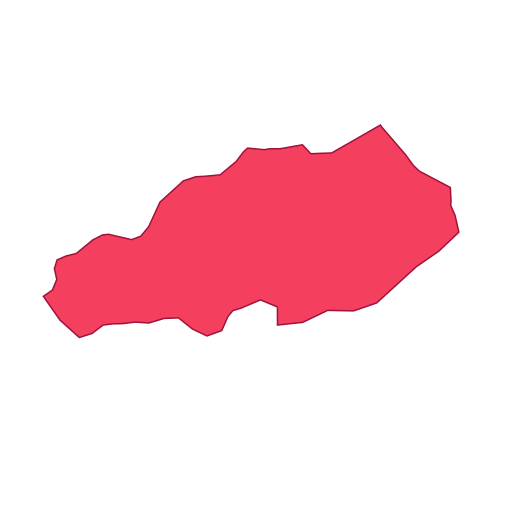 Guria, orthographic projection, rotated 147°
{"feature_id": "GEO-3028", "entity_name": "Guria", "entity_type": "Region", "adm_level": 1, "iso_a3": "GEO", "parent_name": "Georgia", "parent_adm1": "", "projection": "orthographic", "projection_center": [42.215, 41.976], "detail": "fine", "context": "isolated", "style": "filled", "palette": "rose", "viewbox_px": 512, "rotation_deg": 147, "n_neighbors": 0, "source": "natural_earth", "source_scale": "10m", "svg_char_len": 952}
<svg xmlns="http://www.w3.org/2000/svg" viewBox="0 0 512 512"><g transform="rotate(147 256 256)"><path d="M384.2,358.4L373.3,357.3L367.8,354.5L351.5,337.5L341.8,335.4L330.1,339.0L307.2,353.5L283.8,357.3L276.0,358.6L263.4,355.3L255.6,350.8L241.9,343.6L221.0,346.1L210.3,350.0L209.7,350.2L204.3,351.1L191.2,340.7L185.9,338.4L177.5,332.9L156.5,324.0L154.3,311.9L147.7,308.0L136.4,301.2L80.3,298.1L80.3,295.6L75.4,259.3L74.7,246.2L72.8,238.2L55.7,207.6L62.8,195.4L65.1,192.5L67.0,181.4L72.9,165.5L99.9,160.5L127.3,159.7L180.3,150.9L204.0,156.8L225.6,171.4L253.0,174.9L275.6,186.4L265.8,201.6L276.2,216.8L297.4,220.5L305.2,222.8L312.4,220.6L325.4,212.1L340.7,215.7L349.1,229.4L354.7,246.3L367.1,253.7L382.4,258.2L393.4,266.4L405.2,272.2L413.4,277.3L422.0,281.4L435.6,280.3L448.6,283.9L455.3,308.8L456.3,338.0L445.3,338.3L435.8,344.9L432.0,355.2L424.9,361.1L415.1,359.4L405.5,356.0L384.2,358.4Z" fill="#f43f5e" stroke="#9f1239" stroke-width="1.5"/></g></svg>